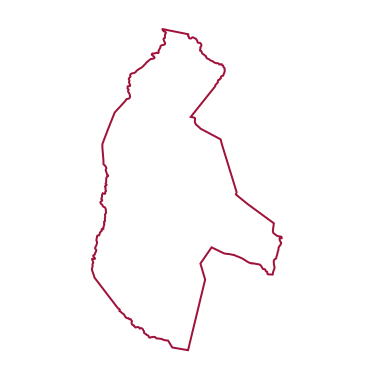 the district of Talanga, Francisco Morazán, Honduras, rotated 278°
{"feature_id": "27666195B86037952896272", "entity_name": "Talanga", "entity_type": "district", "adm_level": 2, "iso_a3": "HND", "parent_name": "Honduras", "parent_adm1": "Francisco Morazán", "projection": "natural_earth1", "projection_center": [-87.046, 14.389], "detail": "fine", "context": "isolated", "style": "outline", "palette": "rose", "viewbox_px": 384, "rotation_deg": 278, "n_neighbors": 0, "source": "geoboundaries", "source_scale": "gbopen_adm2", "svg_char_len": 6049}
<svg xmlns="http://www.w3.org/2000/svg" viewBox="0 0 384 384"><g transform="rotate(278 192 192)"><path d="M151.8,286.9L152.5,287.0L153.4,287.4L154.2,287.3L156.0,285.8L157.2,285.4L157.9,285.2L158.3,285.3L158.4,285.6L158.6,286.9L158.7,287.2L159.0,287.2L159.5,287.1L159.9,286.8L160.2,286.3L160.2,283.4L160.3,282.6L162.2,279.1L162.6,278.5L163.0,278.1L163.8,277.7L164.5,277.5L172.4,277.4L188.0,248.4L195.6,235.9L198.1,236.2L243.3,215.0L248.1,213.0L255.9,191.6L256.9,190.4L257.4,189.6L259.3,186.7L260.5,185.7L261.2,185.3L262.2,185.0L265.2,184.8L265.7,184.5L265.9,184.1L266.0,183.6L266.1,180.9L266.2,180.3L300.0,200.3L300.6,200.2L301.3,200.3L301.7,200.6L302.1,201.0L303.2,201.7L304.2,202.4L304.7,202.2L305.2,202.1L306.6,202.5L307.0,203.0L307.1,203.7L307.5,203.9L308.0,204.0L308.5,204.7L309.0,204.7L309.7,204.6L310.3,204.7L311.1,205.7L311.4,206.4L311.7,206.7L312.8,206.8L313.6,207.2L316.6,207.6L317.1,207.5L317.5,207.2L319.0,207.1L319.3,206.9L320.0,205.9L321.5,205.2L321.7,204.9L321.8,204.2L322.0,203.7L322.2,203.4L322.6,203.4L322.1,201.2L322.6,201.0L323.0,200.3L323.1,199.4L322.8,198.1L323.1,197.7L323.2,196.4L323.5,195.9L323.7,195.2L324.3,194.6L324.5,194.0L324.7,192.6L325.2,191.4L325.8,190.5L326.1,189.3L326.4,188.3L327.1,187.5L327.4,187.3L328.0,187.2L328.5,186.8L329.0,185.6L329.3,185.4L330.5,183.0L330.8,182.7L332.7,181.7L332.9,181.4L333.0,180.5L333.4,180.2L334.8,180.4L336.5,180.1L337.5,180.8L338.2,180.9L338.9,180.8L339.7,180.5L340.4,179.8L340.7,179.2L340.8,178.8L340.6,177.4L340.8,177.1L341.3,176.6L342.3,176.2L343.0,175.7L343.9,174.9L344.4,174.3L344.7,172.9L345.3,171.7L345.3,171.3L345.2,170.9L344.1,169.9L343.9,169.6L343.8,168.9L343.8,168.0L344.2,167.6L345.3,167.3L346.0,166.4L347.7,166.3L349.2,140.2L348.7,140.2L347.7,141.0L347.2,141.8L346.7,143.4L346.4,143.9L345.1,143.9L344.5,143.5L344.0,143.3L340.9,143.7L340.5,143.4L340.0,142.6L339.6,142.5L339.1,142.6L337.5,143.4L337.0,143.8L336.0,144.5L335.2,144.7L334.7,144.6L334.3,144.4L334.0,143.9L333.1,141.5L332.2,140.6L330.6,140.5L328.7,139.8L327.5,139.3L325.7,139.5L325.3,139.5L325.0,139.3L324.8,138.7L324.9,138.0L324.9,137.4L324.1,136.0L323.7,133.9L323.5,133.4L323.2,133.2L322.7,133.0L322.3,133.2L322.0,133.5L320.8,135.5L319.8,136.2L319.5,136.2L319.3,136.1L318.8,135.3L317.7,132.3L315.3,130.2L314.3,129.2L313.5,128.6L312.4,128.1L311.5,127.3L310.3,126.5L308.4,125.0L306.4,122.4L304.5,120.4L302.8,119.4L302.2,118.7L301.7,117.9L301.0,115.8L300.4,115.1L299.6,114.5L298.9,114.5L298.3,114.8L297.8,115.0L296.0,113.9L295.3,113.6L293.4,114.6L292.2,114.3L291.8,114.3L291.3,114.6L290.7,115.0L289.4,115.8L288.6,115.9L288.4,115.8L288.2,115.6L287.8,113.8L287.6,113.6L287.1,113.6L285.5,113.8L285.1,114.2L284.9,114.7L284.5,115.0L283.1,114.7L282.6,114.7L282.0,115.1L281.4,115.8L279.5,116.9L277.9,117.4L277.1,117.3L276.3,117.0L275.7,116.4L275.5,116.0L275.0,114.4L274.7,114.1L272.6,113.1L260.0,104.4L243.3,100.3L227.1,96.6L223.8,97.0L211.0,99.9L207.1,100.5L206.5,101.6L205.5,102.7L204.4,103.6L203.4,103.9L202.1,103.5L201.3,103.6L198.6,105.0L197.1,105.6L197.1,106.0L197.0,106.3L196.7,106.5L196.4,106.7L196.0,106.6L195.5,105.9L194.1,105.2L192.1,105.3L190.0,105.7L188.1,105.3L187.8,105.6L187.4,106.3L187.1,106.4L186.4,106.0L185.7,105.2L185.3,105.0L184.9,105.2L184.1,105.9L182.5,105.9L182.0,106.2L181.5,106.6L180.9,106.7L180.7,106.6L180.3,106.2L179.8,106.0L178.6,106.3L178.3,106.2L178.1,105.8L178.0,105.3L178.3,103.8L177.8,103.6L177.1,103.4L176.2,103.3L174.4,103.6L172.6,103.1L171.7,104.1L171.3,104.2L170.5,103.9L169.6,102.8L169.1,102.7L168.5,102.9L167.8,103.4L166.8,104.9L166.1,105.3L165.4,105.9L165.0,106.6L164.7,107.8L164.2,108.3L163.0,109.0L160.9,109.4L159.8,109.8L159.1,109.7L158.0,109.1L157.5,109.0L155.3,109.5L153.3,109.4L151.4,109.9L150.9,109.8L150.4,109.1L150.0,109.2L148.6,109.3L148.3,109.4L148.1,109.7L147.9,109.7L146.5,109.4L145.3,109.4L144.2,109.0L143.1,109.4L142.8,109.1L142.7,107.9L142.4,107.7L141.3,108.0L140.9,108.0L140.6,107.8L139.9,107.0L139.1,106.6L136.2,106.1L136.1,105.9L135.9,104.8L135.3,104.2L134.9,104.1L133.7,104.2L132.0,104.0L130.8,104.1L130.2,104.3L129.7,104.7L129.3,104.9L128.0,105.0L126.9,104.9L125.6,104.6L123.9,104.0L123.1,103.9L122.5,104.0L121.4,105.1L120.7,105.3L119.3,105.1L118.6,104.7L116.6,104.4L116.2,104.1L115.7,103.3L115.3,103.1L114.8,103.2L114.4,103.4L114.0,103.8L113.2,104.8L112.8,105.1L112.5,105.1L112.2,105.0L112.1,104.7L112.1,104.4L112.2,103.7L112.1,103.1L111.9,102.6L111.7,102.4L110.9,102.7L108.3,104.1L106.6,103.5L104.9,103.9L101.5,103.6L99.6,104.4L95.1,106.8L94.1,107.1L93.5,107.5L66.4,135.0L66.2,135.8L65.8,136.5L65.3,136.9L64.2,136.6L63.5,138.0L62.5,139.4L61.4,141.6L59.8,142.8L59.3,143.4L58.7,143.6L58.6,143.8L58.0,145.4L58.0,145.9L58.2,146.4L58.2,146.7L57.3,147.6L57.5,148.7L57.4,149.1L56.4,149.9L56.1,150.3L55.8,150.5L55.5,150.5L54.8,150.3L54.2,150.3L53.3,150.6L52.6,151.0L52.3,151.3L51.9,152.7L51.7,153.1L51.4,153.4L51.1,153.3L50.8,153.9L50.1,154.6L50.0,155.1L50.7,156.9L50.8,157.6L50.6,158.2L49.5,159.3L50.0,160.1L50.1,160.4L50.1,161.0L49.9,161.5L49.3,162.4L48.1,163.1L47.6,163.7L47.2,163.9L46.2,164.0L45.7,164.3L45.4,164.8L44.8,166.4L44.1,167.0L43.9,167.9L43.7,168.7L43.2,169.1L42.2,169.6L41.9,170.2L41.9,170.7L42.6,171.9L43.3,174.4L43.1,175.9L42.2,176.9L42.0,177.3L42.3,179.4L42.2,181.3L42.3,182.1L41.8,183.8L41.4,186.5L41.4,187.0L41.6,188.1L41.6,188.7L41.4,189.1L35.3,194.1L34.8,210.1L107.1,217.2L122.3,210.3L139.9,219.1L135.6,232.5L135.6,234.0L135.7,237.7L135.4,242.8L134.9,244.2L133.9,248.6L132.8,252.0L130.9,256.0L130.2,257.8L129.9,259.0L129.6,260.4L130.0,261.2L129.9,261.5L129.6,261.8L129.9,263.4L129.7,265.1L129.6,269.0L128.6,270.6L125.7,272.9L125.6,273.5L125.7,274.1L125.7,274.5L125.6,274.9L125.4,275.3L123.9,276.1L123.7,276.6L123.6,277.2L123.4,277.5L123.0,277.7L121.7,278.0L121.4,278.2L121.2,278.5L121.0,279.3L121.3,281.2L121.4,283.1L121.5,283.4L121.7,283.5L123.0,283.4L123.9,283.4L126.9,284.1L128.4,284.3L129.0,284.2L132.0,283.1L134.8,282.6L135.7,282.6L136.5,283.0L137.2,283.7L137.6,284.3L138.1,284.6L139.5,284.6L140.8,284.9L142.2,285.1L144.0,285.1L146.4,285.6L149.0,285.5L150.5,286.1L151.8,286.9Z" fill="none" stroke="#9f1239" stroke-width="2"/></g></svg>